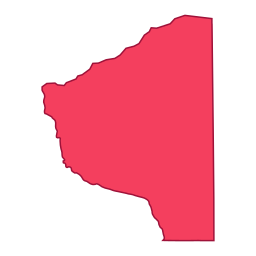 outline of Grant, Wisconsin, United States of America
{"feature_id": "52423323B92892642794044", "entity_name": "Grant", "entity_type": "district", "adm_level": 2, "iso_a3": "USA", "parent_name": "United States of America", "parent_adm1": "Wisconsin", "projection": "orthographic", "projection_center": [-90.9, 42.859], "detail": "fine", "context": "isolated", "style": "filled", "palette": "rose", "viewbox_px": 256, "rotation_deg": 0, "n_neighbors": 0, "source": "geoboundaries", "source_scale": "gbopen_adm2", "svg_char_len": 2023}
<svg xmlns="http://www.w3.org/2000/svg" viewBox="0 0 256 256"><path d="M156.6,28.2L151.2,27.8L149.3,31.7L144.4,35.1L139.0,43.6L134.1,46.2L126.0,48.3L120.2,55.0L114.9,58.4L106.2,59.8L98.4,63.1L92.8,63.4L89.8,69.2L82.1,74.8L77.8,76.0L76.0,79.0L66.4,82.7L64.2,85.5L57.5,84.9L55.0,83.1L46.8,83.5L42.1,86.9L42.1,87.0L42.1,90.1L42.4,90.9L43.4,92.6L44.1,93.9L44.5,94.8L44.7,96.5L44.7,97.0L43.8,100.2L43.7,101.7L43.7,102.2L44.7,105.4L44.9,106.6L45.1,107.8L45.0,108.5L44.6,110.3L44.5,111.2L44.5,112.0L44.6,112.6L44.8,113.2L45.1,113.6L46.4,113.9L51.2,116.5L51.7,116.8L52.4,118.0L54.3,119.6L55.2,120.6L55.7,122.9L55.6,126.5L55.8,128.0L56.4,129.4L57.2,130.8L57.3,131.2L56.4,136.0L56.6,137.3L57.6,137.8L59.3,137.6L60.3,138.3L60.1,140.7L60.4,145.1L61.0,148.6L61.7,151.1L62.0,152.6L62.1,155.0L62.4,156.9L63.8,158.7L64.5,159.4L64.6,160.0L64.3,160.6L63.9,160.8L63.3,160.9L63.2,162.1L63.5,162.9L64.6,163.0L65.0,163.4L65.5,164.0L65.8,164.9L65.8,166.2L66.1,166.9L66.6,167.3L66.9,167.4L67.7,167.3L68.3,166.8L69.4,166.9L70.4,167.2L71.2,168.1L71.4,168.8L71.5,169.7L71.7,170.6L72.4,171.4L74.6,172.9L75.0,173.0L76.4,172.8L78.6,174.0L79.7,174.8L81.3,176.4L83.2,179.5L83.9,180.2L84.7,180.7L86.9,181.4L89.9,183.4L90.6,183.8L92.4,184.4L93.5,184.5L95.2,184.3L96.6,183.8L97.2,183.9L99.0,184.7L102.1,186.8L102.9,187.1L105.1,188.0L109.9,189.2L113.4,190.5L115.4,191.0L118.0,191.5L126.4,193.3L128.5,193.9L130.7,194.2L132.9,194.7L135.1,195.5L139.0,196.6L141.9,197.3L144.5,198.1L147.1,199.6L147.8,200.2L148.7,201.3L149.1,202.7L149.3,204.0L150.7,206.5L151.2,207.8L152.1,211.4L152.2,212.9L152.4,213.8L152.7,214.5L154.2,217.1L154.7,217.8L155.7,218.6L158.4,221.4L159.0,224.6L160.2,227.2L162.2,229.0L162.6,230.2L163.4,234.3L164.3,237.1L164.2,238.9L162.9,240.4L168.8,240.5L169.5,240.5L181.1,240.6L183.4,240.6L184.5,240.6L186.0,240.6L188.9,240.6L198.5,240.5L201.4,240.6L202.5,240.6L211.4,240.6L213.9,240.6L213.8,198.6L213.3,142.8L212.0,24.3L211.9,23.1L211.9,18.6L184.9,15.4L174.8,18.8L170.2,23.8L156.6,28.2Z" fill="#f43f5e" stroke="#9f1239" stroke-width="1.5"/></svg>